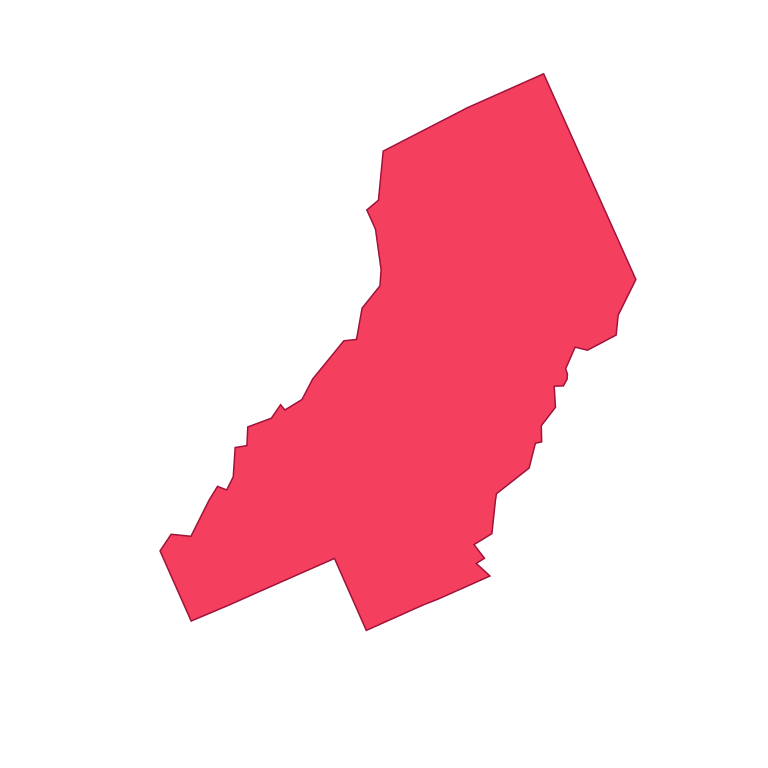 outline of Madison, Mississippi, United States of America, rotated 336°
{"feature_id": "52423323B64400488372532", "entity_name": "Madison", "entity_type": "district", "adm_level": 2, "iso_a3": "USA", "parent_name": "United States of America", "parent_adm1": "Mississippi", "projection": "orthographic", "projection_center": [-90.09, 32.642], "detail": "fine", "context": "isolated", "style": "filled", "palette": "rose", "viewbox_px": 768, "rotation_deg": 336, "n_neighbors": 0, "source": "geoboundaries", "source_scale": "gbopen_adm2", "svg_char_len": 927}
<svg xmlns="http://www.w3.org/2000/svg" viewBox="0 0 768 768"><g transform="rotate(336 384 384)"><path d="M656.0,165.5L572.7,165.5L478.0,170.9L453.7,213.8L439.1,218.0L439.2,239.1L427.8,278.5L420.2,292.7L394.8,305.8L381.5,325.5L377.0,332.1L364.9,328.2L320.9,350.4L302.8,364.8L282.9,367.4L281.1,360.9L267.2,369.4L242.1,367.8L233.7,384.5L222.2,381.5L208.5,407.5L197.2,416.8L190.3,409.8L176.9,419.0L145.7,444.6L128.4,434.7L111.5,445.4L111.4,522.1L153.6,522.9L184.0,522.9L240.3,523.1L264.4,523.2L267.8,523.3L267.6,601.9L318.6,601.8L331.0,601.8L345.8,602.5L350.6,602.5L358.9,602.5L387.4,602.5L402.7,602.5L395.3,585.4L404.9,584.1L400.9,567.3L421.7,564.6L438.4,535.8L442.1,530.0L482.4,519.8L498.2,499.7L504.5,501.0L510.7,486.1L531.2,475.0L538.6,455.2L547.1,458.7L553.3,454.0L555.6,449.6L556.2,443.9L573.6,428.1L583.6,435.9L616.0,433.7L625.9,416.4L656.6,391.0L656.0,165.5Z" fill="#f43f5e" stroke="#9f1239" stroke-width="1.5"/></g></svg>